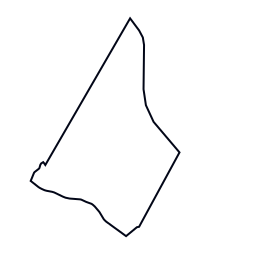 outline of Al Minya, rotated 120°
{"feature_id": "EGY-1545", "entity_name": "Al Minya", "entity_type": "Governorate", "adm_level": 1, "iso_a3": "EGY", "parent_name": "Egypt", "parent_adm1": "", "projection": "natural_earth1", "projection_center": [30.491, 28.195], "detail": "fine", "context": "isolated", "style": "outline", "palette": "ink", "viewbox_px": 256, "rotation_deg": 120, "n_neighbors": 0, "source": "natural_earth", "source_scale": "10m", "svg_char_len": 695}
<svg xmlns="http://www.w3.org/2000/svg" viewBox="0 0 256 256"><g transform="rotate(120 128 128)"><path d="M32.0,181.0L38.0,167.1L42.2,160.4L48.1,155.6L86.7,133.9L99.3,123.9L109.9,108.9L123.4,71.2L208.0,69.0L209.5,70.7L222.6,75.6L220.0,100.1L219.5,102.2L219.1,103.4L215.0,110.8L212.6,117.5L212.1,119.8L211.9,121.6L212.1,122.7L212.9,127.2L213.3,131.6L213.4,132.7L213.8,133.9L218.3,143.3L219.6,147.3L220.0,150.1L220.7,159.6L221.2,161.8L223.1,167.2L223.6,169.2L223.9,172.2L224.0,174.6L223.9,176.2L222.5,185.8L213.6,187.0L212.7,186.8L207.8,184.8L207.3,184.7L206.5,184.8L203.8,185.5L202.2,185.5L200.0,184.4L200.4,183.2L201.4,181.1L32.0,181.0Z" fill="none" stroke="#020617" stroke-width="2"/></g></svg>